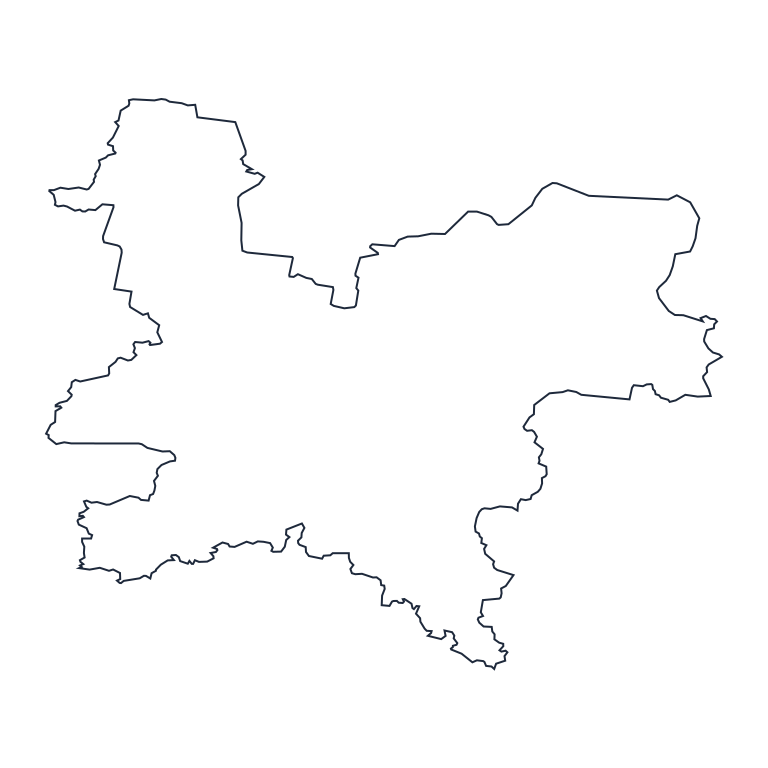 the border of Kirov
{"feature_id": "RUS-2384", "entity_name": "Kirov", "entity_type": "Region", "adm_level": 1, "iso_a3": "RUS", "parent_name": "Russia", "parent_adm1": "", "projection": "natural_earth1", "projection_center": [49.311, 58.566], "detail": "fine", "context": "isolated", "style": "outline", "palette": "slate", "viewbox_px": 768, "rotation_deg": 0, "n_neighbors": 0, "source": "natural_earth", "source_scale": "10m", "svg_char_len": 6045}
<svg xmlns="http://www.w3.org/2000/svg" viewBox="0 0 768 768"><path d="M413.9,609.1L412.5,608.1L411.5,603.7L404.4,599.0L402.8,599.2L404.0,601.6L402.7,603.0L398.7,602.7L396.9,600.9L393.4,601.0L392.0,601.6L389.5,605.9L381.7,605.2L382.1,595.6L384.7,588.9L384.2,585.6L381.2,585.1L380.6,580.3L376.6,577.3L373.0,577.5L362.0,573.8L355.3,574.2L351.9,573.2L350.4,569.0L353.4,565.0L350.2,561.8L348.9,557.9L348.8,553.2L332.7,553.2L330.3,555.3L323.7,555.7L322.1,558.7L308.9,556.0L306.0,552.0L305.7,547.1L299.5,544.8L298.2,543.1L298.0,540.7L301.4,537.4L301.7,533.0L304.4,527.9L301.9,523.5L286.4,529.6L286.0,534.6L289.4,537.1L286.2,540.0L284.8,546.7L281.1,551.6L273.2,551.8L271.4,550.8L272.8,547.6L270.1,543.1L263.6,541.8L257.8,541.4L252.9,543.8L246.6,541.7L234.6,546.9L229.6,546.5L228.1,544.0L222.5,542.5L213.1,547.7L217.0,549.0L217.4,550.1L215.9,552.0L210.6,553.0L213.4,556.2L213.6,558.3L207.2,561.6L199.0,561.9L194.9,560.2L193.1,563.9L191.8,563.9L189.4,560.9L187.8,563.7L180.2,561.1L178.8,557.1L175.9,555.0L171.7,555.3L171.2,556.7L173.9,560.1L167.7,560.4L160.8,564.7L156.0,569.6L155.9,570.8L151.6,573.2L150.3,578.5L146.0,575.9L143.9,575.8L139.7,578.3L123.7,580.9L121.0,583.1L119.6,582.9L117.0,580.6L120.2,579.1L120.0,573.0L113.1,569.5L109.0,570.8L99.8,567.8L89.6,569.6L79.1,568.1L81.6,566.9L80.0,565.5L83.3,564.1L80.5,561.9L79.9,560.2L84.6,557.5L83.9,553.0L84.3,546.7L82.1,541.9L82.1,538.5L91.1,538.5L92.1,535.1L88.8,533.6L86.6,528.2L78.8,524.6L77.5,521.0L78.1,519.7L83.9,517.1L82.8,515.8L79.4,516.2L79.5,513.3L83.7,511.8L88.2,508.3L86.3,506.8L84.0,501.4L86.7,500.6L91.5,502.7L97.0,502.0L106.4,504.7L109.7,504.5L129.8,496.0L138.5,497.7L141.0,499.9L148.6,500.6L150.0,495.2L153.1,494.0L154.4,490.6L155.3,485.9L154.0,480.9L157.9,475.8L156.7,472.8L157.4,469.1L161.5,465.0L170.0,461.4L175.0,460.7L175.4,457.9L174.3,455.1L169.8,451.2L162.5,451.5L147.4,447.9L141.8,444.2L138.7,443.5L71.2,443.4L64.2,442.3L56.3,444.1L48.5,437.9L48.7,435.1L46.1,433.7L50.7,424.8L55.1,422.0L55.5,411.1L61.3,407.7L60.2,406.3L55.7,406.4L55.7,405.1L59.5,402.8L66.9,400.9L71.4,396.2L71.7,394.7L68.0,391.1L71.2,387.1L71.8,382.2L75.4,379.9L80.2,381.5L108.1,375.4L109.2,373.4L108.9,367.1L115.5,361.9L117.8,358.4L120.6,357.7L127.9,360.5L131.3,359.9L136.4,355.1L133.5,352.2L134.9,348.1L133.4,344.3L135.1,342.0L142.5,342.7L148.6,341.1L150.4,342.7L149.5,344.3L150.0,345.0L160.0,343.7L162.0,342.0L157.3,332.3L159.2,325.2L149.2,317.8L147.9,313.3L143.0,314.9L130.1,307.0L129.4,303.9L131.5,291.6L114.2,289.0L121.7,252.7L121.5,249.6L119.7,246.5L117.4,245.4L104.1,242.3L103.0,239.0L103.1,236.1L113.5,207.2L113.4,205.2L102.4,204.3L95.4,210.1L88.6,209.5L85.2,211.5L82.4,211.4L79.9,209.6L75.0,210.7L67.0,206.5L63.5,205.6L58.0,206.4L54.9,204.8L55.5,202.1L53.7,194.8L49.3,191.1L49.5,190.1L54.0,190.1L60.4,187.7L68.4,189.0L78.7,187.5L86.7,189.5L88.6,188.9L94.0,181.9L93.7,179.6L95.7,176.2L95.1,174.1L98.6,168.9L100.0,164.8L98.9,160.5L105.8,157.6L108.1,155.3L115.3,153.5L115.6,152.7L113.2,150.5L113.0,146.2L108.0,144.6L107.7,143.2L112.9,137.6L118.7,126.0L115.2,122.1L118.5,120.5L120.7,110.6L128.6,105.7L129.3,103.4L128.9,100.2L133.1,99.3L154.4,100.4L161.3,99.0L165.7,99.6L169.6,101.7L181.7,103.2L187.8,105.4L195.2,104.8L197.4,117.3L235.3,122.1L245.6,150.9L245.6,154.7L240.9,159.1L242.6,160.4L243.2,164.1L251.9,169.2L247.2,170.0L246.3,171.5L254.7,173.8L257.6,172.7L264.3,176.9L258.9,184.0L241.8,193.8L238.3,197.3L238.1,205.4L241.6,222.9L241.3,240.3L242.4,250.7L247.2,252.5L292.2,257.0L292.9,258.1L289.2,275.1L289.5,276.5L293.7,276.9L297.9,274.2L306.3,277.9L311.8,279.0L315.7,283.9L317.8,284.7L332.9,287.1L333.4,289.9L330.7,304.0L333.8,305.9L344.3,308.3L354.3,307.1L355.9,305.5L358.3,290.6L356.3,288.1L358.5,277.7L355.5,275.7L355.4,273.6L360.2,257.7L378.0,254.2L377.8,252.9L370.1,247.5L370.2,246.2L372.3,244.3L394.6,246.1L398.9,239.9L407.7,236.6L418.1,236.3L431.3,233.7L445.0,234.0L468.1,211.6L476.9,211.6L488.5,215.3L491.4,216.9L497.0,224.1L498.6,224.9L508.4,224.2L531.8,205.4L535.4,197.8L542.3,188.8L552.5,183.0L556.8,183.3L588.8,195.8L668.2,199.6L676.8,195.3L690.2,202.3L699.3,218.3L697.2,225.8L695.5,238.3L692.7,246.3L690.1,251.5L675.3,254.2L672.8,266.3L669.7,275.1L666.0,280.8L659.2,287.1L656.9,290.6L659.0,298.1L668.8,311.0L674.9,315.0L683.3,315.2L702.8,321.4L700.6,318.1L706.0,316.0L710.4,318.8L714.7,319.1L717.0,321.5L714.2,324.3L713.9,328.3L706.9,330.1L704.1,339.1L704.2,341.5L708.4,348.4L712.9,352.5L719.1,354.4L721.9,356.8L708.7,364.5L706.6,367.4L707.1,372.1L703.2,376.2L703.2,378.3L708.8,389.4L710.7,396.0L697.7,396.6L685.3,394.8L675.7,400.4L669.7,401.9L668.2,399.8L660.9,397.7L659.1,395.3L655.6,394.2L654.9,391.0L653.0,389.1L652.3,384.9L651.2,384.1L646.7,384.4L643.0,386.2L633.8,385.2L632.0,387.8L629.5,399.4L581.3,394.8L576.3,392.0L567.9,390.3L562.6,392.1L549.5,393.3L534.2,405.0L533.9,414.2L529.5,417.4L523.5,426.7L524.5,429.0L527.1,430.8L531.9,430.2L534.1,431.9L536.9,436.7L534.5,442.3L543.0,448.9L541.3,454.3L538.9,457.3L539.5,460.8L538.6,463.4L546.2,466.6L546.7,474.2L545.5,476.2L541.9,478.1L542.1,483.4L540.4,488.8L537.8,491.8L531.7,495.2L530.6,499.0L525.7,500.1L520.9,499.2L518.0,503.7L517.5,510.6L512.0,507.4L499.9,506.4L490.6,508.9L484.5,508.3L481.8,509.2L479.2,512.0L476.6,518.1L474.9,526.4L475.6,531.6L479.0,533.5L479.8,536.5L481.9,538.2L481.3,543.0L486.4,545.2L484.1,548.9L485.2,553.8L494.1,561.4L493.1,564.2L494.1,567.7L497.2,570.0L513.5,575.1L505.8,586.0L501.1,588.5L501.6,593.3L500.7,597.4L499.3,598.6L482.9,600.1L480.8,612.3L483.0,616.0L478.5,617.7L477.8,619.4L479.3,622.7L483.6,626.5L491.7,626.9L492.3,631.5L494.6,634.3L494.4,639.3L499.2,642.7L503.2,643.8L503.3,646.2L499.5,650.3L501.4,651.6L505.6,650.7L507.4,652.3L504.5,656.1L505.2,660.7L496.1,663.7L494.2,669.0L491.5,666.5L486.1,665.9L484.4,661.9L483.2,661.1L476.9,660.3L472.4,662.3L461.6,653.7L451.2,649.5L450.9,648.6L452.8,647.2L452.9,645.8L456.5,644.8L457.3,643.1L453.7,638.4L454.3,635.6L452.1,632.2L444.5,630.5L445.6,635.9L441.2,639.1L427.9,635.8L431.1,633.0L431.6,631.1L426.7,630.8L424.6,628.6L420.4,621.7L420.1,618.2L416.0,613.7L419.2,606.3L416.5,606.0L413.9,609.1Z" fill="none" stroke="#1e293b" stroke-width="2"/></svg>